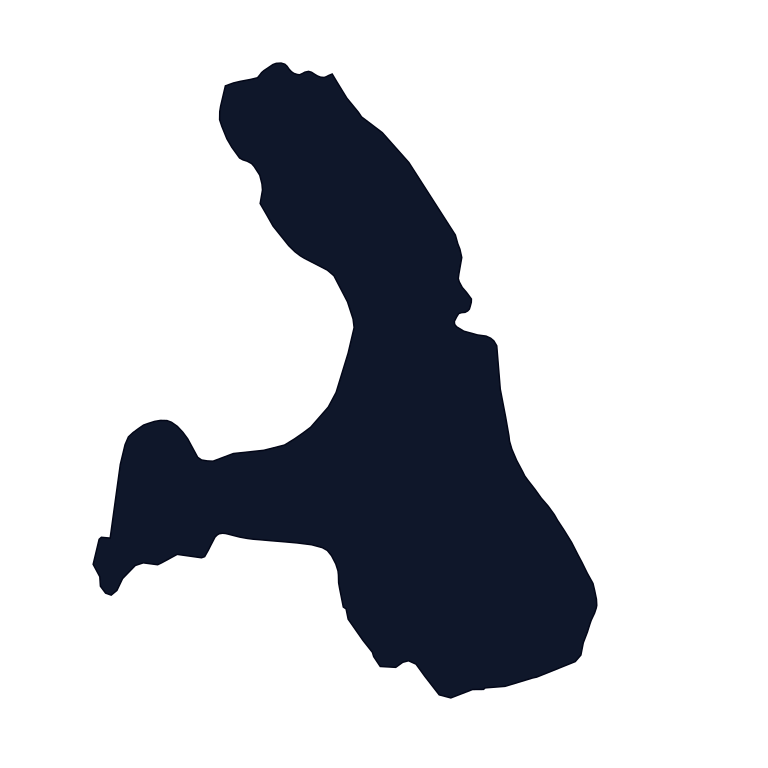 San Pedro Sacatepéquez, San Marcos, Guatemala (Albers equal-area conic projection), rotated 191°
{"feature_id": "79465075B62908040243136", "entity_name": "San Pedro Sacatepéquez", "entity_type": "district", "adm_level": 2, "iso_a3": "GTM", "parent_name": "Guatemala", "parent_adm1": "San Marcos", "projection": "albers", "projection_center": [-91.752, 14.957], "detail": "fine", "context": "isolated", "style": "filled", "palette": "ink", "viewbox_px": 768, "rotation_deg": 191, "n_neighbors": 0, "source": "geoboundaries", "source_scale": "gbopen_adm2", "svg_char_len": 2713}
<svg xmlns="http://www.w3.org/2000/svg" viewBox="0 0 768 768"><g transform="rotate(191 384 384)"><path d="M596.6,646.4L597.4,625.6L597.2,620.0L595.8,612.1L592.3,605.9L585.0,594.7L578.5,587.3L568.9,578.3L565.2,577.1L560.8,576.6L556.0,575.1L553.0,572.8L545.8,565.3L542.0,557.2L540.3,551.2L540.0,537.5L531.8,528.1L523.0,517.8L503.9,501.6L496.6,496.8L490.7,493.9L486.1,492.2L461.4,485.0L453.8,480.7L435.5,457.7L426.8,442.0L424.1,433.7L425.1,407.5L429.4,366.6L434.3,350.7L447.7,327.6L454.4,320.2L461.3,313.1L470.0,305.1L489.3,296.0L518.6,287.0L537.1,275.6L542.7,274.8L548.6,274.6L552.9,276.5L566.3,292.8L572.3,298.3L578.8,303.0L585.3,305.9L590.1,306.7L596.5,305.6L602.1,303.5L608.3,300.1L612.2,297.8L616.6,293.3L621.1,288.4L624.8,283.3L626.6,275.1L627.5,254.8L623.4,180.5L632.2,179.6L634.0,177.2L635.1,151.5L626.2,140.6L623.8,131.4L617.4,125.6L611.5,124.7L606.8,130.4L603.5,143.1L593.5,158.4L586.2,162.5L571.7,163.4L568.2,166.0L554.5,177.3L530.0,178.6L527.1,180.3L524.7,187.5L523.4,192.2L521.7,197.9L520.7,201.4L519.0,203.9L517.3,205.5L514.0,206.7L511.0,207.0L508.2,206.9L503.5,206.6L496.5,206.2L488.7,206.3L482.6,206.7L475.7,207.5L466.0,208.5L452.5,210.0L439.0,211.4L424.4,212.4L413.3,211.6L407.9,209.8L402.7,205.4L397.0,198.2L393.5,191.8L392.3,187.9L390.6,180.2L388.7,175.2L381.4,157.3L378.3,156.0L374.3,146.3L355.6,128.2L344.2,118.4L342.1,114.4L333.8,106.0L318.4,108.1L312.5,114.4L307.1,117.0L299.1,115.1L288.1,104.8L270.5,89.4L258.5,88.6L238.8,101.0L228.0,103.2L226.7,105.0L207.5,110.3L182.0,123.8L178.2,125.4L143.3,148.0L139.0,155.5L139.0,168.0L137.0,179.4L136.5,184.0L136.0,188.3L135.5,191.7L134.7,194.9L133.6,199.2L132.9,204.6L132.9,207.3L134.4,213.3L137.9,221.7L140.8,228.1L148.3,237.0L155.5,246.5L161.0,253.3L169.6,264.3L179.2,274.7L187.8,283.5L191.9,288.3L199.5,295.4L207.9,302.0L215.7,309.4L224.3,316.9L228.3,320.6L231.1,324.3L239.2,334.3L246.1,344.5L249.9,351.9L251.5,357.0L258.3,374.8L268.9,401.2L280.6,443.0L284.3,447.2L288.0,449.3L292.9,450.5L301.6,450.0L315.8,451.1L323.6,454.0L326.0,456.0L326.9,458.8L325.5,463.8L324.1,467.4L321.6,468.8L318.1,469.8L315.8,471.7L314.5,473.8L314.2,476.4L313.9,480.9L314.4,484.1L320.5,489.7L325.6,493.7L329.6,498.6L331.2,501.7L331.5,506.4L331.8,523.0L335.2,530.8L338.3,535.7L342.4,543.9L401.9,606.2L433.6,630.4L457.0,641.9L461.0,645.9L475.0,657.5L488.0,671.7L494.0,678.4L497.2,676.3L499.3,674.6L501.2,673.5L504.8,673.1L508.1,673.7L510.9,674.7L514.6,676.2L517.7,676.5L521.2,675.0L523.2,673.3L525.9,671.4L528.4,671.3L531.7,671.7L534.4,672.9L537.2,674.9L539.9,677.5L542.4,679.0L546.2,679.4L551.0,678.2L554.0,676.4L561.7,668.7L563.6,666.3L564.7,664.0L566.6,660.5L572.9,657.6L583.0,653.6L589.2,650.8L596.6,646.4Z" fill="#0f172a" stroke="#020617" stroke-width="1.5"/></g></svg>